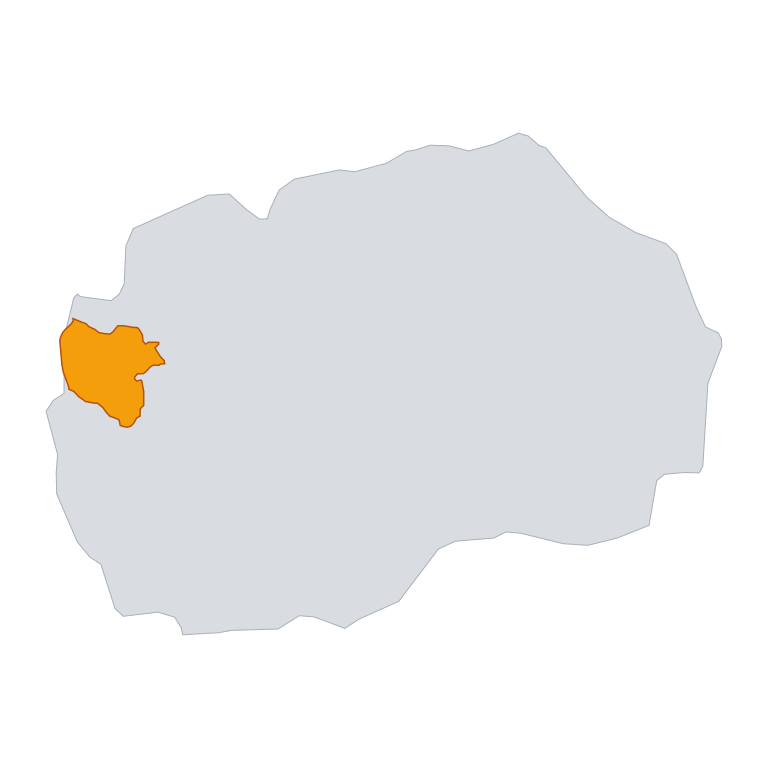 location of Mavrovo and Rostusa within North Macedonia
{"feature_id": "MKD-2955", "entity_name": "Mavrovo and Rostusa", "entity_type": "Statistical Region", "adm_level": 1, "iso_a3": "MKD", "parent_name": "North Macedonia", "parent_adm1": "", "projection": "natural_earth1", "projection_center": [20.731, 41.637], "detail": "fine", "context": "in_parent", "style": "filled", "palette": "amber", "viewbox_px": 768, "rotation_deg": 0, "n_neighbors": 0, "source": "natural_earth", "source_scale": "10m", "svg_char_len": 2079}
<svg xmlns="http://www.w3.org/2000/svg" viewBox="0 0 768 768"><path d="M340.0,170.0L354.7,171.7L386.5,163.2L406.4,151.5L416.5,149.7L429.9,145.2L449.3,145.9L468.9,151.0L493.8,144.2L518.3,133.2L528.2,136.0L538.8,145.3L545.9,147.9L586.8,197.3L609.3,217.3L635.6,232.5L665.8,243.6L676.6,254.3L696.1,306.9L705.5,326.9L718.2,332.9L721.3,338.6L721.9,346.2L707.9,383.3L702.8,466.3L699.2,472.9L684.2,472.5L664.3,474.3L656.7,480.7L649.0,525.4L617.0,538.1L587.9,545.3L563.3,543.7L520.0,533.1L505.9,532.0L493.8,538.0L455.3,541.2L438.4,549.0L398.8,601.3L358.6,619.3L344.9,628.4L314.1,616.9L299.3,615.7L278.0,629.0L231.3,630.4L218.7,632.7L182.7,634.8L181.2,627.6L174.5,617.1L157.7,612.1L123.4,616.3L115.0,608.6L100.9,564.3L89.9,557.1L77.5,542.2L56.7,494.0L56.2,472.9L57.6,454.5L46.1,411.3L53.2,400.4L64.0,393.5L64.1,376.1L61.1,349.7L73.8,297.9L77.3,294.1L80.5,296.6L111.2,300.7L119.2,294.2L124.2,284.0L125.9,246.1L133.2,228.6L207.5,195.3L229.3,194.0L246.1,209.3L259.4,219.1L267.3,218.8L270.2,209.0L279.2,190.0L294.4,179.1L339.5,169.9L340.0,170.0Z" fill="#d9dde1" stroke="#a8b0b8" stroke-width="1"/><path d="M68.9,389.3L68.8,387.1L63.2,371.7L61.9,364.6L59.8,340.5L60.6,337.0L62.7,332.6L65.3,329.4L71.5,323.7L73.2,320.8L73.0,318.6L80.8,321.8L86.2,323.8L88.9,326.7L94.9,329.4L99.0,332.7L104.5,333.6L109.9,334.1L113.0,331.8L115.4,328.7L117.9,325.8L123.4,325.8L128.3,326.5L133.4,327.4L137.5,327.6L139.1,329.4L142.4,334.9L143.0,341.4L145.5,344.1L148.6,342.3L151.8,342.3L156.0,342.3L158.7,342.5L158.7,344.3L156.4,346.3L155.0,347.8L157.0,351.4L160.3,356.5L164.2,360.7L164.7,363.7L160.6,364.1L159.2,365.2L155.6,365.2L153.2,365.2L150.2,367.0L145.5,372.1L143.4,373.6L137.4,373.8L134.6,377.2L134.8,379.4L136.9,381.0L140.4,380.1L141.5,380.3L142.0,382.4L143.7,391.4L143.7,397.6L143.7,401.1L143.7,405.3L140.3,408.8L140.1,411.9L140.1,416.1L136.8,417.8L133.6,423.4L130.8,426.1L127.4,427.2L123.2,426.5L120.2,425.4L119.9,423.7L119.1,419.9L115.5,418.2L109.7,416.1L106.1,412.2L103.0,407.7L97.5,403.2L94.5,403.2L85.6,401.5L79.0,396.9L73.8,391.4L68.9,389.3Z" fill="#f59e0b" stroke="#b45309" stroke-width="1.5"/></svg>